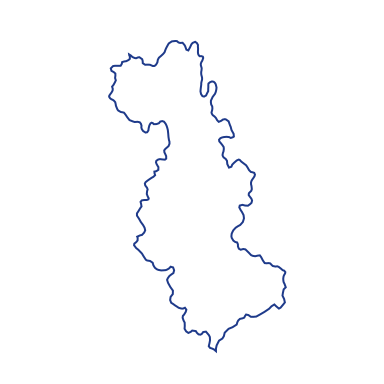 Masty, Grodno, Belarus, rotated 61°
{"feature_id": "67162791B96733958179229", "entity_name": "Masty", "entity_type": "district", "adm_level": 2, "iso_a3": "BLR", "parent_name": "Belarus", "parent_adm1": "Grodno", "projection": "orthographic", "projection_center": [24.533, 53.402], "detail": "fine", "context": "isolated", "style": "outline", "palette": "blue", "viewbox_px": 384, "rotation_deg": 61, "n_neighbors": 0, "source": "geoboundaries", "source_scale": "gbopen_adm2", "svg_char_len": 5790}
<svg xmlns="http://www.w3.org/2000/svg" viewBox="0 0 384 384"><g transform="rotate(61 192 192)"><path d="M41.2,180.3L42.0,180.6L43.4,180.7L45.4,181.8L45.8,183.5L45.7,186.1L45.0,187.9L44.5,190.1L45.9,191.3L47.0,193.2L45.5,196.0L44.3,198.1L43.6,200.0L44.5,203.1L47.0,203.7L49.2,202.3L51.2,201.6L53.1,202.6L55.0,204.0L57.4,204.5L58.6,206.1L60.3,208.8L61.1,210.8L63.4,211.3L64.8,212.3L66.0,214.2L66.7,215.8L67.6,217.6L68.5,218.3L70.3,218.2L71.7,217.6L73.0,216.6L74.3,216.0L76.2,215.6L78.3,216.2L79.6,216.7L81.8,217.0L83.8,217.2L85.0,217.0L87.5,215.5L88.8,213.9L89.7,213.0L92.4,212.6L95.1,212.4L98.8,211.8L101.5,209.6L103.0,208.2L104.2,205.6L105.7,203.9L107.5,203.6L109.5,204.0L111.0,205.0L112.6,205.4L115.0,205.2L117.5,203.8L118.0,202.2L117.0,200.3L115.1,198.9L113.1,197.0L111.9,195.1L111.8,193.8L112.7,192.9L114.1,192.6L115.4,190.1L115.8,187.6L115.0,185.6L115.6,183.6L116.9,182.4L119.4,182.0L121.6,182.1L123.8,182.5L126.1,183.1L129.4,184.5L132.5,185.9L135.5,187.0L137.0,187.3L138.9,188.3L140.5,190.3L140.8,191.7L141.4,194.5L142.1,196.1L143.9,196.9L145.9,197.0L148.1,197.2L150.3,198.4L150.6,200.0L149.1,202.2L147.7,204.1L147.2,205.8L147.4,208.0L148.5,209.1L150.2,209.4L152.4,209.4L153.9,209.3L156.3,210.7L156.5,213.1L155.9,215.0L157.5,215.7L159.4,216.1L160.0,218.4L160.0,220.4L160.2,222.8L160.5,225.5L160.9,227.8L161.7,229.1L163.6,229.7L166.5,229.3L168.3,229.6L169.4,230.8L171.8,232.5L174.5,232.9L176.5,232.9L177.3,233.7L177.1,235.3L175.7,238.0L175.0,240.0L175.7,241.8L177.5,242.2L180.2,243.2L180.8,244.6L181.9,246.6L182.9,248.3L184.0,250.5L186.0,251.6L189.8,251.3L193.4,251.3L197.3,250.8L200.2,250.8L202.8,251.5L204.3,253.5L204.9,255.4L205.3,256.6L204.8,258.2L204.6,260.4L204.5,261.6L205.7,261.7L208.0,263.1L208.8,265.1L209.2,267.5L210.5,268.5L214.0,268.0L216.4,267.0L219.0,266.3L221.6,265.6L225.1,265.5L228.9,265.2L230.1,264.5L232.0,262.1L234.8,260.7L237.4,261.3L240.2,261.2L242.4,260.3L243.8,259.2L245.7,256.9L246.7,254.8L247.6,252.8L247.8,251.1L247.7,249.0L247.0,246.9L248.8,245.1L251.8,245.6L253.9,247.6L254.1,250.0L254.5,252.5L255.7,255.0L256.8,256.4L259.9,257.0L264.6,257.0L269.0,256.5L272.0,258.3L272.9,260.5L273.4,261.6L275.9,263.5L278.8,263.9L280.8,262.8L283.0,261.8L285.0,260.7L286.8,259.8L288.7,257.9L289.6,256.5L289.8,254.3L292.2,254.0L293.8,255.6L295.4,258.4L295.9,260.0L297.5,261.2L300.5,261.7L302.6,261.7L305.7,263.3L308.0,264.8L311.1,264.7L313.5,263.5L313.7,260.9L313.3,259.0L315.5,256.1L317.4,256.0L319.7,255.3L320.9,253.7L320.8,252.0L319.9,250.1L320.9,247.5L325.5,246.6L327.5,246.7L330.4,248.1L332.7,250.0L335.0,252.1L337.1,251.8L338.7,250.3L340.2,249.2L342.8,248.2L340.6,247.0L338.1,244.8L335.1,240.4L334.9,236.5L333.6,234.1L330.9,231.6L329.4,226.3L329.9,222.1L329.6,217.2L327.9,215.5L326.8,213.9L326.2,211.6L327.0,209.0L327.2,207.2L326.2,205.8L325.4,204.1L327.0,202.3L329.6,201.1L330.8,199.1L332.1,196.2L332.1,191.8L332.0,186.9L331.5,181.1L330.5,177.9L330.3,174.5L332.7,173.8L336.1,172.5L336.1,170.6L334.6,166.7L333.6,164.3L330.2,163.3L326.5,163.1L324.3,161.4L321.6,159.0L320.8,156.2L317.0,155.6L316.1,155.6L315.0,155.5L313.2,154.8L312.0,154.2L310.4,153.0L309.5,152.0L308.3,150.0L307.3,149.2L305.5,149.5L304.3,150.6L302.3,151.3L300.9,151.9L299.5,152.5L298.3,153.5L297.7,155.1L295.9,157.2L294.8,157.6L292.4,158.2L291.4,159.3L290.4,161.5L289.4,162.9L286.2,163.2L282.5,163.1L280.3,163.4L279.5,165.4L278.8,167.9L277.3,169.8L275.9,170.9L272.8,171.7L268.1,173.1L266.7,174.8L266.1,177.4L264.3,178.5L261.9,178.2L260.0,177.2L258.0,177.0L256.7,178.4L254.6,179.4L251.4,179.5L249.8,179.0L247.7,177.5L246.5,175.9L245.5,174.4L244.4,171.1L244.2,168.5L244.2,165.8L242.9,162.1L241.5,160.6L240.2,159.3L237.2,158.1L233.9,158.0L231.2,158.2L228.4,158.1L227.0,156.8L227.7,154.1L229.6,152.1L231.1,149.7L230.8,147.1L230.3,145.2L228.6,143.6L226.6,143.3L224.0,143.7L222.2,143.9L221.1,143.2L220.5,142.5L220.2,141.3L219.7,139.6L218.5,138.3L216.9,137.6L215.4,137.0L214.1,136.7L212.5,135.9L211.3,134.8L210.4,133.4L209.7,131.9L208.6,129.8L207.3,128.5L205.4,128.3L204.0,129.6L203.0,130.8L200.5,131.5L197.7,131.5L194.9,131.7L189.2,134.2L187.1,134.7L186.3,135.4L186.1,137.6L186.9,141.3L187.6,143.6L189.0,145.3L188.6,147.8L184.7,147.6L181.7,146.3L179.4,146.5L177.0,147.6L175.5,147.6L174.5,147.4L172.8,146.0L171.8,144.8L169.8,143.3L168.0,142.5L165.7,142.7L163.3,143.1L161.0,143.6L159.4,143.0L158.7,141.1L158.9,139.2L159.4,137.5L160.5,135.0L162.0,132.9L163.5,131.9L163.9,129.8L163.8,128.5L161.3,127.4L159.6,127.4L157.0,127.4L155.0,126.9L153.9,126.6L152.0,126.4L148.9,125.9L148.0,125.7L144.9,127.2L144.2,128.0L143.6,130.0L143.9,131.7L143.6,134.6L141.4,135.2L138.8,135.2L136.8,135.7L134.9,136.6L133.1,136.7L131.9,136.4L130.2,134.7L128.7,133.6L126.9,132.8L124.8,132.8L122.7,132.0L121.2,131.1L119.8,129.1L119.0,128.1L118.3,126.6L117.9,125.7L117.3,124.3L115.9,122.6L114.2,121.1L112.5,119.9L109.2,119.0L107.4,119.1L106.1,119.6L105.0,120.9L104.7,122.9L105.1,125.0L106.2,125.8L108.4,127.0L109.3,127.6L111.7,129.0L113.0,131.0L114.4,132.9L114.4,135.2L113.2,136.4L110.7,136.6L108.1,135.8L106.3,134.6L104.1,133.0L102.6,131.9L101.2,131.1L99.8,129.9L98.7,128.8L97.2,127.9L95.9,127.5L93.9,127.0L92.6,126.4L91.4,125.7L90.2,124.7L88.4,123.5L86.2,123.0L85.1,122.7L84.0,122.0L83.0,120.9L82.1,119.3L80.2,117.2L78.9,116.9L77.7,118.0L76.9,119.5L75.7,119.8L74.2,119.7L72.5,119.0L71.2,118.2L69.6,117.2L67.8,116.4L66.3,115.5L64.2,115.5L62.2,116.4L61.9,119.2L62.6,121.0L64.6,123.7L66.4,126.6L64.8,127.9L61.1,127.3L59.9,127.3L56.9,127.9L55.9,130.1L54.7,131.3L52.6,132.1L51.7,133.7L50.5,136.6L50.8,140.3L51.8,142.0L53.4,144.5L54.5,146.0L56.5,148.3L57.3,150.4L58.0,153.3L58.5,155.8L59.7,157.7L61.9,159.5L63.2,161.7L63.6,163.6L62.8,165.2L60.3,167.1L58.9,169.4L58.0,171.3L55.5,172.6L53.4,171.6L51.7,171.2L48.6,172.7L48.1,174.0L47.9,176.1L47.0,177.2L45.0,178.7L43.2,179.2L41.2,180.3Z" fill="none" stroke="#1e3a8a" stroke-width="2"/></g></svg>